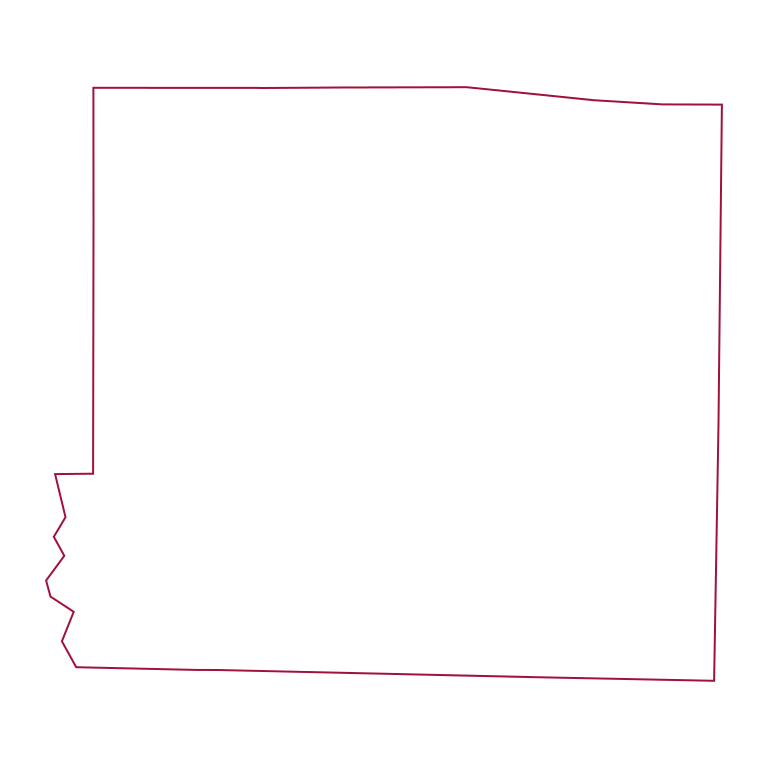 outline of Drew, Arkansas, United States of America
{"feature_id": "52423323B83124951000608", "entity_name": "Drew", "entity_type": "district", "adm_level": 2, "iso_a3": "USA", "parent_name": "United States of America", "parent_adm1": "Arkansas", "projection": "natural_earth1", "projection_center": [-91.839, 33.591], "detail": "fine", "context": "isolated", "style": "outline", "palette": "rose", "viewbox_px": 768, "rotation_deg": 0, "n_neighbors": 0, "source": "geoboundaries", "source_scale": "gbopen_adm2", "svg_char_len": 420}
<svg xmlns="http://www.w3.org/2000/svg" viewBox="0 0 768 768"><path d="M93.5,216.5L93.5,227.2L93.1,473.7L55.1,474.1L65.5,517.2L53.8,536.8L64.3,555.8L46.1,580.5L50.5,596.6L73.7,611.8L61.9,641.3L76.2,667.2L195.1,669.9L217.0,670.0L536.0,677.2L714.1,680.8L718.5,423.6L721.9,104.6L662.4,104.4L593.6,100.2L466.7,87.2L340.8,87.5L262.7,88.0L257.1,87.9L93.4,87.8L93.5,216.5Z" fill="none" stroke="#9f1239" stroke-width="2"/></svg>